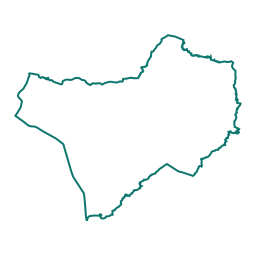 Duc Co, Gia Lai, Vietnam
{"feature_id": "81297802B6947069841891", "entity_name": "Duc Co", "entity_type": "district", "adm_level": 2, "iso_a3": "VNM", "parent_name": "Vietnam", "parent_adm1": "Gia Lai", "projection": "orthographic", "projection_center": [107.696, 13.77], "detail": "fine", "context": "isolated", "style": "outline", "palette": "teal", "viewbox_px": 256, "rotation_deg": 0, "n_neighbors": 0, "source": "geoboundaries", "source_scale": "gbopen_adm2", "svg_char_len": 5742}
<svg xmlns="http://www.w3.org/2000/svg" viewBox="0 0 256 256"><path d="M235.8,77.9L235.7,77.1L235.3,76.3L235.5,71.9L235.4,70.6L233.0,68.5L232.1,66.8L232.0,65.8L233.2,62.7L231.4,61.3L230.8,61.3L228.8,62.0L226.8,62.0L225.5,61.6L224.5,61.5L221.3,62.0L219.8,62.5L219.2,62.3L218.7,61.8L218.2,62.2L217.7,61.7L217.2,61.8L216.9,61.1L216.6,61.1L216.3,61.5L215.0,61.1L214.6,60.2L214.4,60.6L214.1,60.7L213.3,60.2L212.2,60.2L211.5,59.5L210.9,59.5L211.0,58.6L210.8,57.0L210.4,56.9L210.4,56.5L209.9,57.1L209.0,57.0L209.1,57.5L208.3,57.2L207.9,56.6L207.6,57.0L206.9,56.6L206.5,56.6L206.1,57.0L206.2,57.5L205.2,57.1L204.0,57.1L201.4,56.4L200.2,56.3L199.7,56.7L199.3,56.4L198.9,56.3L198.7,55.8L198.3,56.3L197.9,56.4L196.8,55.0L196.1,55.1L195.8,55.4L195.3,55.3L194.8,55.6L194.5,55.4L194.2,55.7L193.3,55.4L193.0,55.7L192.7,55.4L192.1,55.6L191.7,55.0L191.0,54.7L191.0,54.3L191.3,53.4L189.8,52.8L188.9,52.2L189.0,51.5L188.2,51.8L187.9,51.7L187.6,50.7L186.8,50.2L187.0,49.2L186.8,49.1L186.4,49.2L186.0,50.0L184.8,50.1L184.1,49.4L183.7,49.7L183.3,48.9L182.7,49.0L182.7,47.9L182.0,47.4L181.8,46.6L182.4,46.3L182.3,45.8L182.7,45.0L182.4,44.6L182.8,43.9L183.2,43.7L183.1,43.4L183.5,43.3L183.1,42.9L183.1,42.7L183.8,42.6L183.5,42.3L183.8,41.7L183.3,41.4L183.4,40.0L175.2,36.6L168.1,35.2L163.6,38.1L161.7,38.9L161.5,39.4L161.6,41.4L160.6,42.3L160.0,43.6L157.7,45.1L157.1,45.7L156.6,46.3L156.2,47.5L155.1,48.8L153.2,51.3L152.8,51.6L151.5,51.7L150.9,56.6L147.9,61.1L147.0,64.1L147.2,65.4L146.0,65.9L145.8,66.5L145.3,66.8L142.8,66.9L141.3,67.5L141.2,67.7L141.4,68.0L142.2,68.7L142.7,69.3L142.6,70.4L143.2,71.1L143.2,71.6L140.9,72.7L140.9,73.4L140.6,73.8L139.9,74.3L140.0,75.2L138.9,76.3L138.3,78.1L134.6,78.3L133.0,78.0L131.9,78.1L131.2,77.7L130.6,77.7L126.8,78.6L123.2,78.9L122.9,79.2L123.0,80.6L122.5,81.4L122.1,81.7L120.1,81.3L117.5,82.4L115.4,82.5L111.9,81.9L109.3,81.8L104.8,83.1L102.1,84.6L100.8,83.6L99.6,83.2L95.5,83.6L92.5,83.3L91.8,84.1L90.0,85.1L89.3,84.4L87.7,83.8L86.8,83.0L86.1,82.5L85.7,81.3L84.4,80.3L82.2,80.0L80.7,79.2L79.3,78.1L76.0,77.9L75.3,78.0L72.7,79.4L71.0,79.9L69.6,80.0L68.8,79.7L67.6,79.6L65.4,79.8L62.9,81.1L62.6,81.7L62.5,83.1L61.8,84.2L61.3,84.4L53.5,81.8L52.8,80.8L51.6,80.2L51.1,80.0L50.7,80.4L50.2,80.4L48.7,79.5L48.1,79.5L48.0,79.2L48.3,78.5L48.2,77.8L47.8,77.8L46.9,78.9L46.3,79.2L45.5,78.8L45.4,78.0L43.5,77.7L42.7,77.0L42.1,77.1L41.2,77.8L40.6,77.9L39.1,77.1L38.9,75.8L38.1,74.8L37.7,74.6L36.2,74.5L32.3,73.7L29.4,73.4L29.2,73.6L29.1,74.1L29.4,75.2L29.3,76.3L28.8,76.8L26.7,83.1L23.5,88.6L19.3,92.4L18.5,93.7L18.0,95.9L18.2,96.6L18.8,97.5L21.6,100.6L21.8,101.1L21.8,102.2L20.7,107.0L20.1,108.5L18.6,110.5L17.6,112.6L15.4,115.6L15.4,115.8L16.0,116.3L24.1,122.1L28.4,125.5L29.4,125.9L30.8,126.3L34.5,126.6L35.5,126.8L36.8,127.4L42.8,131.2L56.1,138.6L63.3,144.1L71.2,171.2L73.2,176.9L83.9,193.4L84.6,199.0L86.0,217.0L86.4,219.2L87.0,220.8L87.1,220.0L87.4,219.5L87.7,217.6L89.6,216.1L94.8,215.5L99.2,215.7L99.9,214.5L100.5,214.3L101.1,214.5L101.3,215.0L101.2,215.6L100.6,216.5L100.6,217.4L101.2,218.1L101.9,218.4L103.3,218.5L105.0,218.0L106.1,216.5L107.6,216.4L109.9,215.8L111.2,214.6L112.5,214.8L112.7,214.1L112.4,212.0L112.4,210.8L112.8,210.6L113.8,210.7L114.4,210.0L115.1,209.8L115.6,208.8L116.4,208.3L116.8,207.7L118.5,207.1L119.5,205.7L120.7,205.2L121.1,204.6L121.2,203.9L120.7,202.8L121.1,202.1L120.9,201.2L122.2,200.2L122.2,199.0L123.0,198.7L123.3,197.5L123.7,197.3L124.3,197.5L124.6,197.3L125.1,195.1L125.3,194.8L126.5,194.5L126.8,194.7L126.7,195.5L126.9,195.8L128.2,195.7L129.4,196.1L129.5,195.9L129.2,195.2L131.5,193.9L131.6,193.1L132.4,192.9L132.8,192.6L133.8,190.4L134.6,190.6L135.3,190.0L136.6,190.1L138.6,189.1L139.2,188.2L140.0,188.3L140.2,187.9L140.3,186.7L141.4,186.4L141.7,186.1L140.7,185.8L140.1,185.3L140.3,183.8L139.6,183.9L139.5,183.7L139.9,183.1L139.9,182.4L143.6,180.6L143.9,179.7L144.5,179.9L145.2,179.6L145.6,179.9L148.0,178.9L148.9,177.4L149.1,176.8L149.9,176.5L150.4,175.3L151.5,175.2L152.1,174.4L153.0,174.3L153.8,173.7L155.2,173.6L155.9,172.8L156.2,172.0L157.7,171.0L159.1,169.3L166.9,164.0L178.4,171.4L182.5,172.4L193.1,175.9L194.8,174.2L195.2,172.9L196.5,172.3L197.9,168.8L198.7,167.7L198.8,166.6L199.7,166.0L201.0,166.2L201.6,166.6L201.8,166.4L201.9,165.2L201.4,163.3L201.8,161.8L201.4,159.8L201.0,159.2L201.2,158.9L202.2,158.5L203.1,158.9L204.3,158.1L205.1,158.0L205.8,157.2L207.0,157.3L207.7,157.0L209.3,155.6L210.5,154.1L211.7,151.7L213.2,151.1L214.6,150.9L215.3,150.2L216.2,149.8L216.9,149.7L218.1,149.9L218.4,149.6L218.9,148.0L220.4,147.7L221.4,146.4L222.7,145.5L223.9,145.1L224.9,145.2L225.2,145.0L225.2,144.6L224.7,144.4L224.5,144.1L225.0,143.4L225.0,142.3L225.2,142.0L226.4,141.5L225.2,139.8L226.4,139.0L226.2,138.2L226.4,138.0L227.9,137.9L227.7,137.1L228.2,136.3L228.2,134.9L228.3,134.7L229.0,134.7L228.6,133.9L228.9,133.3L228.9,132.9L228.4,132.0L229.8,131.3L230.6,131.3L230.8,131.6L230.8,132.6L231.6,132.6L233.7,133.2L235.4,132.2L236.0,132.1L236.2,132.3L235.6,132.9L236.9,133.6L237.8,133.3L238.9,132.5L238.5,131.4L237.1,130.4L238.8,129.4L239.1,129.0L234.6,126.8L234.7,125.8L234.3,124.6L234.5,122.9L234.2,121.9L234.3,121.3L235.4,120.1L236.4,117.4L236.1,116.3L235.3,115.0L235.3,114.7L235.5,114.3L236.9,112.9L236.9,112.6L236.3,112.0L236.6,110.6L237.4,109.6L236.9,108.9L236.9,108.4L238.0,107.8L238.4,107.4L238.8,106.4L239.9,105.4L240.6,103.7L240.1,103.3L238.0,103.2L237.1,102.9L237.0,102.4L237.6,100.5L236.2,100.3L235.9,100.0L236.0,99.7L237.2,99.0L237.0,98.6L236.1,98.2L236.4,96.7L236.2,95.3L236.7,94.5L236.5,94.2L235.8,94.2L235.7,94.0L235.7,93.3L236.2,92.4L236.3,91.6L235.6,90.7L235.8,89.3L235.6,89.0L235.0,88.9L234.8,88.7L234.8,87.8L234.0,87.1L233.7,85.1L233.8,84.9L234.4,84.6L235.1,83.2L235.2,82.5L235.0,81.4L235.6,79.1L235.5,78.3L235.8,77.9Z" fill="none" stroke="#0f766e" stroke-width="2"/></svg>